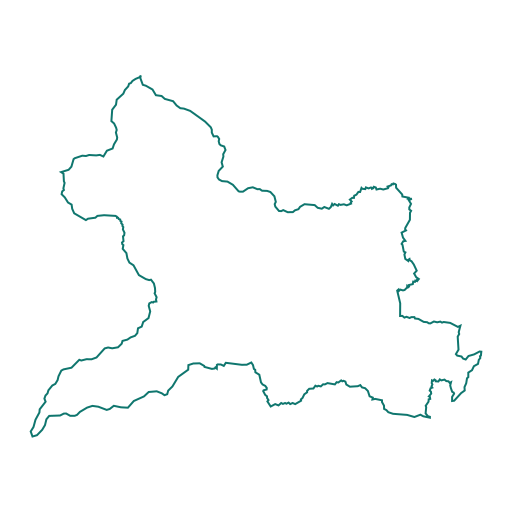 outline of Ibagué, Tolima, Colombia
{"feature_id": "7082276B61216577882817", "entity_name": "Ibagué", "entity_type": "district", "adm_level": 2, "iso_a3": "COL", "parent_name": "Colombia", "parent_adm1": "Tolima", "projection": "mercator", "projection_center": [-75.17, 4.479], "detail": "fine", "context": "isolated", "style": "outline", "palette": "teal", "viewbox_px": 512, "rotation_deg": 0, "n_neighbors": 0, "source": "geoboundaries", "source_scale": "gbopen_adm2", "svg_char_len": 6045}
<svg xmlns="http://www.w3.org/2000/svg" viewBox="0 0 512 512"><path d="M61.1,172.1L63.5,173.7L63.9,181.3L64.6,182.9L63.4,188.3L63.9,190.0L62.2,191.4L61.6,194.2L64.8,197.4L68.0,202.5L71.6,204.6L72.2,208.8L74.2,213.3L85.9,220.1L88.0,218.7L95.4,217.7L97.4,215.9L104.1,215.2L115.5,215.9L116.9,216.7L117.0,217.8L118.2,217.8L118.8,219.1L120.2,219.5L120.4,221.0L121.5,221.6L121.2,223.2L122.6,224.7L122.4,225.9L123.3,227.1L122.9,229.4L124.5,232.8L124.1,235.4L123.0,236.3L123.5,241.2L122.0,242.5L122.3,244.2L123.4,245.1L122.7,248.8L126.4,253.1L127.4,258.5L129.4,262.6L133.5,265.3L138.9,275.1L145.8,279.1L149.2,280.1L151.0,279.7L153.9,283.5L155.0,288.1L155.2,291.9L154.6,293.3L156.6,297.2L156.0,299.4L156.4,301.5L153.6,301.8L153.1,302.5L151.7,302.1L149.3,303.4L148.7,305.8L150.2,311.4L148.5,318.1L143.2,322.0L141.7,326.6L138.0,328.3L137.3,333.1L135.0,335.8L130.6,337.4L127.4,339.6L122.5,340.9L121.7,343.7L118.0,347.3L112.2,348.3L108.1,347.5L104.7,348.4L96.5,357.5L91.5,359.3L86.5,359.2L81.3,360.5L79.3,359.8L71.5,367.7L63.5,369.4L61.3,370.6L58.5,376.3L57.6,380.1L55.3,383.9L52.3,385.5L48.4,390.3L47.5,393.4L45.5,395.5L44.4,398.6L45.6,401.7L39.7,409.3L39.4,412.5L35.5,419.7L33.5,427.0L30.7,431.5L32.5,436.5L37.0,435.2L42.2,429.8L45.0,425.1L46.4,419.3L49.2,415.9L60.1,415.5L63.8,413.6L66.1,413.5L70.2,415.8L74.7,415.8L77.0,414.9L79.9,411.9L87.1,407.6L92.4,405.9L98.3,406.7L106.7,409.9L109.7,409.0L113.8,405.8L120.9,407.3L127.9,407.7L133.8,401.0L144.0,396.4L148.7,392.0L156.7,391.3L161.8,393.3L164.5,395.2L167.2,394.2L168.2,390.6L172.4,386.5L178.2,376.9L188.2,369.7L188.4,365.1L193.3,363.5L199.7,363.3L204.2,365.9L204.5,366.9L211.9,368.9L214.6,368.5L215.4,367.4L216.8,368.6L216.9,364.9L217.7,364.4L220.9,364.5L223.8,365.9L225.8,362.8L241.8,364.8L246.8,364.7L251.3,362.5L253.0,365.1L253.9,368.9L255.2,369.8L255.4,372.3L259.3,374.7L261.0,382.4L262.6,384.5L265.3,385.9L266.8,388.0L266.6,389.5L263.6,390.3L263.2,391.1L265.2,394.9L267.0,396.3L267.1,398.0L268.5,400.1L267.4,401.4L270.7,406.5L275.2,404.1L278.5,405.4L281.2,403.0L282.9,403.9L285.1,403.0L286.4,403.7L288.6,402.6L290.2,404.1L292.6,403.0L295.2,404.1L301.1,400.7L300.9,399.4L302.5,398.0L304.3,394.3L307.1,392.3L307.1,390.9L309.2,388.8L313.4,388.5L315.4,385.7L317.1,386.5L318.3,385.8L320.8,386.4L323.1,384.3L324.9,384.4L327.5,383.1L334.9,384.4L336.6,382.2L338.3,382.5L341.2,380.4L342.3,381.3L343.5,380.8L345.4,381.6L346.3,384.5L349.9,386.7L357.8,386.2L360.3,385.1L362.0,387.4L365.1,388.2L367.9,391.0L369.6,396.3L372.8,397.6L372.4,399.5L375.2,398.9L382.0,400.3L382.0,402.1L384.0,405.6L384.1,408.9L386.4,410.1L388.3,412.2L393.0,413.8L407.1,414.9L414.4,417.0L420.4,414.7L423.3,416.3L429.9,417.7L429.9,416.8L427.9,416.2L425.6,413.4L426.2,407.2L425.7,405.8L428.5,401.7L428.7,399.3L430.2,398.9L429.9,396.9L428.9,396.4L431.2,393.6L430.9,391.6L429.7,390.6L430.6,388.2L432.3,387.6L431.5,386.4L432.4,384.4L431.7,383.1L432.0,380.4L433.0,380.9L434.4,379.5L435.6,380.3L435.7,381.3L438.4,381.5L439.8,379.4L441.3,380.4L444.5,379.6L446.3,381.1L448.5,381.3L449.7,382.9L451.0,382.2L450.2,385.4L450.9,388.2L452.2,391.8L453.7,392.6L454.1,393.7L452.1,396.9L452.1,401.0L454.2,400.7L461.1,393.1L464.7,390.5L464.5,387.1L466.2,383.3L467.0,378.3L468.3,377.1L468.3,372.6L472.0,370.2L473.9,366.2L478.0,363.9L478.8,359.9L480.3,358.0L480.0,356.2L480.9,355.6L481.3,351.7L479.6,351.5L474.1,354.4L468.5,356.0L465.7,359.5L463.1,358.6L461.5,356.5L457.2,355.6L455.9,354.1L458.5,349.7L457.7,336.6L459.2,334.0L458.7,332.2L460.4,325.7L457.9,326.9L450.2,322.9L443.7,322.0L442.0,322.6L440.3,321.6L437.2,322.3L433.9,321.5L430.4,323.4L428.8,323.3L427.1,322.2L423.7,321.9L418.4,318.9L415.0,318.5L414.4,317.1L411.4,317.1L409.6,318.0L406.5,316.8L404.4,317.6L402.4,315.9L400.1,316.0L400.2,303.3L397.2,290.6L398.5,289.5L398.9,290.9L400.3,289.6L403.0,290.4L404.6,290.0L407.1,287.5L407.2,286.4L408.0,287.4L409.1,286.5L408.7,285.1L412.8,284.1L413.2,281.6L414.9,281.9L415.3,280.6L416.3,280.9L417.1,279.5L417.5,280.6L418.8,279.0L416.2,277.2L414.1,273.5L416.7,270.7L413.8,264.5L411.5,261.2L409.8,260.4L409.5,259.0L408.0,260.0L408.0,260.8L405.3,258.9L404.4,254.5L405.4,252.4L403.8,251.6L402.5,244.9L401.6,243.9L403.2,241.3L405.4,240.9L403.0,237.6L401.6,232.6L406.0,230.4L405.1,229.2L405.3,227.9L409.9,219.8L410.0,212.8L411.1,210.8L409.3,209.4L409.3,207.4L411.0,203.9L408.8,200.2L411.8,198.8L407.9,198.6L408.3,197.8L409.7,197.9L402.4,196.5L402.2,194.5L396.1,187.7L396.0,184.7L395.1,184.0L393.4,183.5L392.9,184.4L391.6,184.2L391.0,185.4L387.7,186.5L388.4,187.4L388.0,188.2L383.3,189.5L380.1,188.7L376.5,189.5L375.8,187.5L373.9,186.8L373.3,188.2L372.0,188.8L371.8,187.7L370.9,187.5L368.6,188.4L365.9,187.4L365.3,189.1L362.4,188.8L361.5,187.9L360.1,192.0L358.4,191.9L356.4,194.7L354.2,195.7L353.9,197.9L352.3,197.8L349.9,199.6L351.7,201.5L350.7,202.6L351.1,203.6L346.7,205.3L343.9,204.3L340.5,204.9L338.9,204.2L337.9,205.7L334.6,204.0L333.1,205.4L332.1,203.9L330.8,207.1L328.9,208.8L324.3,207.0L321.8,208.7L317.7,207.8L314.7,205.1L304.5,204.2L300.1,206.8L298.4,209.2L295.0,210.3L292.9,212.1L287.7,212.2L283.2,210.1L281.3,211.1L279.0,211.0L275.3,206.6L274.7,204.1L275.8,201.9L274.4,196.3L270.4,192.0L267.1,190.9L262.0,190.7L259.8,189.1L257.4,189.2L252.8,187.3L248.1,188.2L242.9,191.7L240.0,191.7L238.6,191.3L232.9,184.8L227.5,181.6L222.0,181.1L219.0,179.5L217.5,177.4L217.4,175.3L218.7,170.9L222.8,166.6L221.6,162.3L223.4,156.6L223.2,154.2L225.5,150.0L224.2,146.5L220.7,145.3L219.4,144.0L218.7,141.2L219.2,139.0L217.9,136.9L217.0,136.2L213.6,136.4L211.8,132.6L211.8,129.7L210.8,127.3L205.1,121.6L190.2,110.9L183.9,108.6L180.3,108.2L176.6,105.5L173.1,101.2L164.8,98.9L161.6,96.0L155.9,95.2L152.5,89.5L145.8,85.7L142.8,84.8L140.3,78.0L140.8,75.5L139.6,77.2L135.6,78.9L132.5,80.9L130.8,83.1L129.1,83.7L128.2,86.4L124.9,90.0L123.3,93.7L116.7,99.7L116.0,104.7L112.2,109.7L111.4,121.1L114.1,123.5L116.1,127.7L116.7,130.0L115.9,132.5L117.2,137.5L116.9,139.5L114.0,144.3L112.6,148.5L106.9,150.7L103.4,156.5L99.9,154.9L96.2,155.4L89.1,155.0L86.0,156.0L82.3,155.7L74.8,158.2L73.6,159.1L71.4,166.7L68.6,169.8L61.1,172.1Z" fill="none" stroke="#0f766e" stroke-width="2"/></svg>